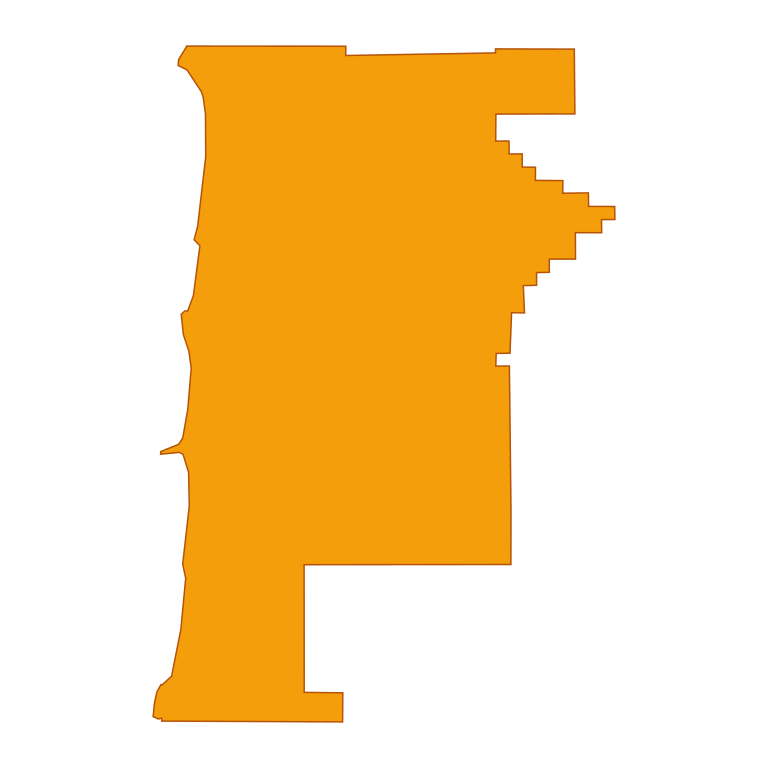 outline of Tillamook, Oregon, United States of America
{"feature_id": "52423323B79399989430329", "entity_name": "Tillamook", "entity_type": "district", "adm_level": 2, "iso_a3": "USA", "parent_name": "United States of America", "parent_adm1": "Oregon", "projection": "orthographic", "projection_center": [-123.717, 45.414], "detail": "fine", "context": "isolated", "style": "filled", "palette": "amber", "viewbox_px": 768, "rotation_deg": 0, "n_neighbors": 0, "source": "geoboundaries", "source_scale": "gbopen_adm2", "svg_char_len": 1140}
<svg xmlns="http://www.w3.org/2000/svg" viewBox="0 0 768 768"><path d="M509.4,366.0L495.8,366.1L496.2,353.4L510.0,353.2L511.6,312.7L524.5,312.9L523.3,285.6L536.6,285.3L536.6,272.6L549.3,272.3L549.3,259.1L575.5,259.1L575.4,232.7L601.7,232.7L601.5,219.6L614.9,219.5L614.7,206.5L588.6,206.4L588.4,192.9L562.7,193.2L562.9,180.6L535.4,180.4L535.5,167.2L522.2,167.1L522.2,153.9L509.2,154.0L509.0,141.0L495.7,141.1L495.9,114.1L574.9,113.9L574.3,49.1L495.5,48.9L495.5,52.9L345.7,55.5L345.8,46.2L186.6,46.1L186.5,46.7L178.6,59.6L178.1,65.5L187.0,69.9L201.4,91.7L203.2,97.4L205.5,114.1L205.7,157.0L197.6,226.6L194.1,239.8L199.3,245.1L199.9,245.7L193.4,295.5L187.7,311.0L184.9,310.9L181.2,314.4L183.4,334.7L189.0,351.6L191.2,368.3L187.8,409.1L182.8,437.8L178.7,444.3L160.8,451.5L160.6,454.2L179.3,452.4L183.0,454.2L188.6,472.4L189.3,506.0L182.7,564.0L185.7,578.3L180.9,629.2L171.6,676.2L161.7,685.2L160.9,684.7L156.9,691.9L154.5,703.0L153.1,716.6L158.4,719.0L161.7,718.2L161.9,720.0L161.7,721.1L342.6,721.9L342.8,692.8L304.2,692.4L304.1,564.7L510.9,564.5L511.0,511.2L510.0,419.8L509.4,366.0Z" fill="#f59e0b" stroke="#b45309" stroke-width="1.5"/></svg>